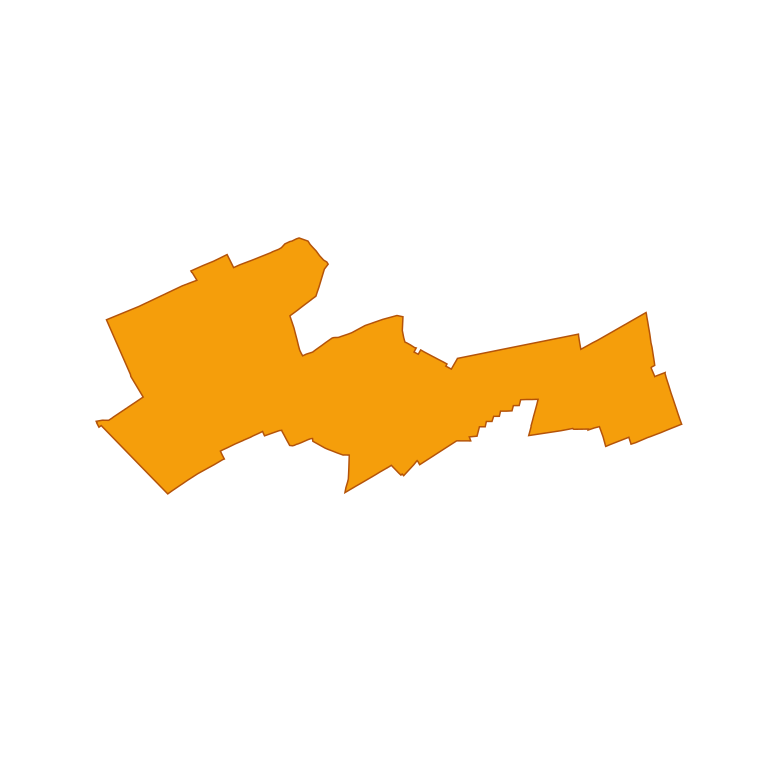 outline of Los Reyes de Juárez, Puebla, Mexico, rotated 130°
{"feature_id": "50627088B78424416735733", "entity_name": "Los Reyes de Juárez", "entity_type": "district", "adm_level": 2, "iso_a3": "MEX", "parent_name": "Mexico", "parent_adm1": "Puebla", "projection": "mercator", "projection_center": [-97.83, 18.968], "detail": "fine", "context": "isolated", "style": "filled", "palette": "amber", "viewbox_px": 768, "rotation_deg": 130, "n_neighbors": 0, "source": "geoboundaries", "source_scale": "gbopen_adm2", "svg_char_len": 4035}
<svg xmlns="http://www.w3.org/2000/svg" viewBox="0 0 768 768"><g transform="rotate(130 384 384)"><path d="M513.2,637.9L523.7,616.7L539.6,584.5L541.0,582.7L548.8,560.1L583.4,570.1L584.5,570.3L588.8,571.6L592.9,576.6L597.6,580.5L597.7,580.3L598.1,578.9L598.5,579.0L600.3,574.6L597.6,573.9L603.5,516.0L607.2,479.0L601.7,477.6L583.7,472.5L572.1,468.9L571.9,468.8L559.9,464.2L559.5,464.0L555.6,462.5L555.4,462.4L545.5,458.9L544.1,458.1L542.1,462.9L540.9,465.5L540.6,466.2L538.1,465.2L533.5,463.0L525.6,459.5L517.8,455.6L517.6,455.6L510.1,451.8L509.9,451.8L507.8,450.9L502.4,448.3L498.4,446.5L500.5,442.2L487.1,434.3L485.2,432.6L485.4,432.3L485.8,431.7L487.5,427.3L487.6,427.1L489.7,421.9L490.6,419.5L491.7,416.8L490.1,414.3L488.5,413.2L488.3,413.1L486.1,412.1L485.6,411.6L482.3,409.8L475.6,406.5L473.0,405.0L471.7,403.7L473.6,401.7L472.6,396.5L471.0,388.0L470.1,385.0L468.8,381.3L468.7,381.1L467.1,376.2L464.7,369.6L464.5,369.4L464.2,369.2L460.9,365.1L460.8,364.9L470.6,357.2L471.9,356.2L476.2,352.9L479.0,350.8L479.8,350.2L482.7,348.8L487.8,346.6L492.3,344.1L480.7,340.0L472.5,337.0L459.0,332.2L453.9,330.5L443.8,326.8L441.6,326.1L442.4,318.4L442.7,315.8L442.9,312.5L441.3,312.2L441.4,311.5L441.6,310.0L439.5,309.9L426.7,309.3L421.9,309.4L421.4,309.4L421.7,307.8L422.6,305.6L422.9,304.8L380.8,291.8L378.9,289.5L378.1,288.5L372.0,281.2L371.8,281.0L369.7,284.7L364.3,279.3L364.2,279.2L355.4,283.4L351.7,279.0L346.9,281.5L343.3,277.2L338.3,279.2L334.6,274.9L329.9,277.3L326.1,272.8L322.3,268.7L317.4,271.0L313.6,266.6L308.2,269.2L304.3,264.9L300.8,260.7L298.6,258.3L296.7,256.1L302.0,253.5L307.2,251.1L311.6,249.1L311.9,249.0L316.6,246.7L321.2,244.6L321.3,244.6L322.3,243.8L326.1,242.0L330.5,240.0L306.0,218.4L296.7,210.8L296.9,210.1L296.6,209.4L287.1,198.4L288.0,198.0L282.4,194.6L278.8,192.0L278.2,191.6L278.4,191.2L283.6,182.3L289.2,174.2L289.3,174.0L284.8,171.7L267.4,162.2L268.0,161.3L268.1,161.1L269.0,159.7L270.3,157.6L271.3,156.1L267.0,153.4L262.4,151.1L257.7,148.7L255.7,147.7L252.7,145.9L248.0,143.3L243.2,140.6L239.1,138.5L233.8,135.7L228.8,133.0L223.9,130.4L223.5,130.1L222.6,131.7L220.5,135.3L219.8,136.4L217.7,139.9L216.9,141.2L215.0,144.2L214.9,144.4L212.1,149.0L209.2,153.7L206.5,158.2L203.6,162.7L202.1,165.0L199.1,169.8L197.9,171.7L195.2,175.6L194.5,176.0L199.7,178.9L202.4,180.4L204.3,181.4L204.1,181.6L200.2,189.3L199.7,189.9L198.9,189.8L197.3,189.2L195.7,188.6L193.5,191.0L183.6,202.3L180.8,206.0L175.7,211.6L173.7,213.9L170.0,218.3L166.9,221.9L163.5,226.0L161.7,228.0L160.8,229.2L204.0,245.1L208.9,246.9L213.7,248.7L218.4,250.7L223.4,252.6L230.9,255.5L226.5,260.8L226.1,261.2L224.5,263.1L223.5,264.2L222.8,265.0L222.6,265.3L221.1,266.8L220.8,267.1L232.7,276.6L271.4,307.6L317.2,344.2L317.4,344.1L329.3,342.0L330.6,348.1L328.2,348.6L329.1,353.3L329.2,353.6L330.3,358.5L331.3,363.2L331.4,363.5L333.4,372.9L333.5,373.2L334.3,377.8L339.2,376.9L340.2,381.5L339.0,381.8L335.7,382.5L336.5,384.1L336.5,384.5L337.0,388.3L337.0,388.5L337.9,393.2L338.4,394.8L338.1,395.4L335.9,398.6L331.2,404.4L330.8,404.7L322.4,411.1L321.1,412.1L320.3,412.7L323.2,418.1L335.3,426.5L351.4,436.1L365.5,441.7L368.9,443.6L375.6,447.7L376.9,448.4L377.7,449.0L378.3,449.6L379.7,451.2L380.5,452.1L381.4,452.8L382.2,453.3L387.0,454.6L390.0,455.4L393.9,456.3L398.1,457.4L402.0,458.4L405.5,459.2L411.0,462.7L414.7,464.4L413.8,466.9L412.3,470.3L409.6,474.2L406.2,478.8L401.9,484.9L399.0,488.9L398.9,489.1L398.2,490.2L392.3,499.9L391.0,499.6L386.1,498.4L383.1,497.7L381.8,497.4L380.2,497.1L372.6,495.4L371.0,495.0L364.2,493.5L360.5,492.6L356.6,494.2L353.7,495.3L352.4,495.8L352.1,495.9L334.4,503.5L328.1,503.8L327.3,506.3L327.9,510.0L327.1,515.9L325.7,521.5L325.0,527.4L324.6,530.3L323.4,534.1L326.7,542.9L329.1,544.4L333.7,546.4L335.4,547.7L340.4,550.0L345.5,550.2L348.6,551.3L354.3,554.4L356.1,555.1L375.3,565.4L375.6,565.6L385.4,571.1L390.0,573.3L391.5,574.0L385.7,587.4L399.5,593.5L409.6,598.8L421.5,604.6L422.1,603.0L422.0,602.3L424.8,594.0L429.8,596.8L438.2,601.5L482.3,621.7L513.2,637.9Z" fill="#f59e0b" stroke="#b45309" stroke-width="1.5"/></g></svg>